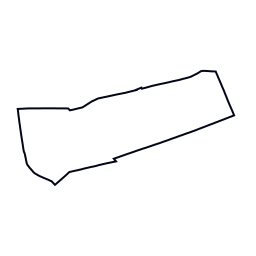 Comuna 5, Ciudad de Buenos Aires, Argentina (Equal Earth projection), rotated 260°
{"feature_id": "61730980B98128397219365", "entity_name": "Comuna 5", "entity_type": "district", "adm_level": 2, "iso_a3": "ARG", "parent_name": "Argentina", "parent_adm1": "Ciudad de Buenos Aires", "projection": "equal_earth", "projection_center": [-58.421, -34.619], "detail": "fine", "context": "isolated", "style": "outline", "palette": "ink", "viewbox_px": 256, "rotation_deg": 260, "n_neighbors": 0, "source": "geoboundaries", "source_scale": "gbopen_adm2", "svg_char_len": 2368}
<svg xmlns="http://www.w3.org/2000/svg" viewBox="0 0 256 256"><g transform="rotate(260 128 128)"><path d="M109.7,168.4L110.6,174.0L110.8,175.0L111.2,177.3L111.3,178.1L111.6,179.6L111.7,180.5L112.5,184.9L112.6,185.8L112.8,187.0L113.1,188.8L113.3,189.9L113.5,191.0L113.7,192.3L114.3,195.4L114.6,196.8L115.5,201.3L115.6,202.1L116.8,208.0L117.5,211.9L118.1,214.8L118.6,217.5L118.9,218.8L119.0,219.5L119.9,224.1L121.0,229.6L122.0,234.7L126.5,233.7L131.8,232.4L136.2,231.4L137.0,231.2L137.9,231.0L138.4,230.9L140.5,230.5L140.9,230.4L141.0,230.4L145.6,229.4L146.3,229.3L149.9,228.5L150.1,228.4L150.7,228.3L151.0,228.2L155.9,227.1L161.0,225.9L165.3,224.9L166.0,224.7L167.0,224.5L168.4,224.2L169.3,220.1L169.6,218.9L170.5,215.3L171.2,212.2L171.3,209.8L171.0,209.1L169.8,206.1L169.4,204.8L167.5,198.4L167.4,197.8L166.9,192.0L166.9,191.2L166.4,186.5L166.4,185.3L166.2,179.5L166.0,176.6L165.8,171.4L165.7,168.5L165.7,167.6L165.6,165.9L165.3,159.1L165.2,158.2L165.1,157.3L164.7,153.3L164.3,148.5L165.4,148.2L164.2,142.6L163.9,142.7L163.5,136.5L163.1,131.2L163.1,130.2L163.0,124.6L163.0,123.6L162.7,116.3L162.5,110.4L162.3,103.7L161.3,100.2L160.6,97.3L160.1,96.1L159.6,94.9L157.9,90.8L156.2,86.7L155.8,79.9L155.6,77.2L155.5,73.9L157.6,72.5L158.2,69.7L158.3,69.2L159.3,63.5L160.2,58.5L160.9,54.5L160.9,54.4L161.1,53.5L161.9,49.0L162.5,45.4L163.3,40.8L164.4,34.5L164.5,34.0L164.6,33.3L165.1,29.2L165.9,22.7L165.6,22.7L165.4,22.7L165.2,22.7L161.8,22.5L160.8,22.4L155.6,22.2L151.7,22.0L150.4,22.0L149.8,22.0L145.6,21.8L145.1,21.8L144.8,21.8L139.6,21.6L139.3,21.6L138.6,21.6L134.6,21.5L133.6,21.5L132.8,21.5L128.5,21.4L124.8,21.3L124.5,21.3L122.5,21.4L121.0,21.8L116.5,22.0L111.4,22.1L110.8,22.2L110.4,22.3L109.5,22.4L105.8,24.3L105.5,24.5L105.0,24.8L102.9,26.1L100.5,27.5L100.3,27.7L99.5,28.4L98.7,29.3L96.8,31.6L96.6,31.8L96.3,32.2L93.4,36.5L93.0,37.2L90.3,41.3L89.0,43.2L88.9,43.5L85.4,45.7L84.7,46.2L88.5,52.5L91.6,57.6L94.8,62.6L95.1,68.2L95.2,71.7L95.3,72.5L95.4,75.5L95.6,76.6L95.8,80.3L96.0,83.9L96.1,87.6L96.1,88.7L96.4,91.8L96.5,92.5L96.9,99.7L97.0,103.2L97.2,110.4L100.2,108.7L100.3,109.4L101.9,119.1L102.7,123.8L102.8,124.7L103.7,130.4L103.9,131.2L103.9,131.3L104.7,136.7L105.2,139.9L105.5,142.5L105.7,143.7L106.9,151.4L107.0,152.1L107.8,157.6L108.1,159.1L108.6,162.1L108.7,162.7L108.8,163.6L109.4,167.0L109.7,168.4Z" fill="none" stroke="#020617" stroke-width="2"/></g></svg>